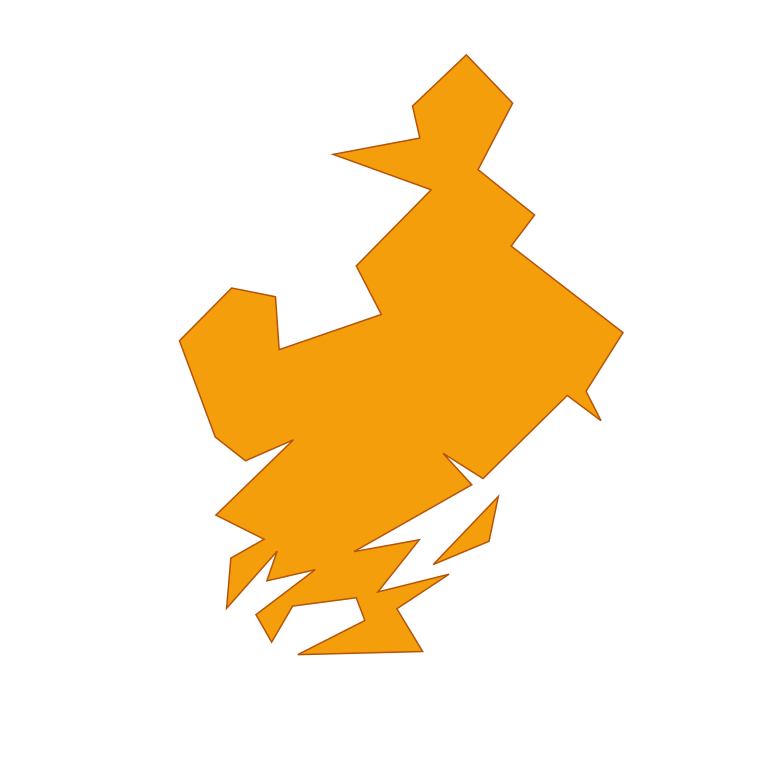 South Chungcheong, Equal Earth projection, rotated 243°
{"feature_id": "KOR-2502", "entity_name": "South Chungcheong", "entity_type": "Province", "adm_level": 1, "iso_a3": "KOR", "parent_name": "South Korea", "parent_adm1": "", "projection": "equal_earth", "projection_center": [126.614, 36.518], "detail": "coarse", "context": "isolated", "style": "filled", "palette": "amber", "viewbox_px": 768, "rotation_deg": 243, "n_neighbors": 0, "source": "natural_earth", "source_scale": "10m", "svg_char_len": 760}
<svg xmlns="http://www.w3.org/2000/svg" viewBox="0 0 768 768"><g transform="rotate(243 384 384)"><path d="M449.2,559.9L321.3,620.3L285.8,560.7L252.8,560.7L290.6,542.1L254.8,429.3L295.5,405.1L254.4,416.5L248.3,281.1L229.2,344.7L201.5,284.1L185.0,355.6L177.9,293.4L128.1,297.0L182.0,184.3L182.0,259.6L206.2,262.2L227.6,201.8L205.0,166.7L236.6,165.2L249.8,238.4L261.8,190.3L283.5,212.8L255.6,141.9L298.4,168.5L300.1,206.7L343.5,174.7L375.4,278.0L378.5,225.7L413.3,209.6L515.4,221.4L538.7,291.8L511.0,326.9L462.2,306.2L447.2,413.2L501.8,412.9L535.6,514.2L611.7,442.9L586.9,527.6L618.7,535.6L639.9,606.8L575.8,626.1L532.3,565.1L466.2,594.9L449.2,559.9ZM200.8,345.9L231.9,434.8L196.2,406.2L200.8,345.9Z" fill="#f59e0b" stroke="#b45309" stroke-width="1.5"/></g></svg>